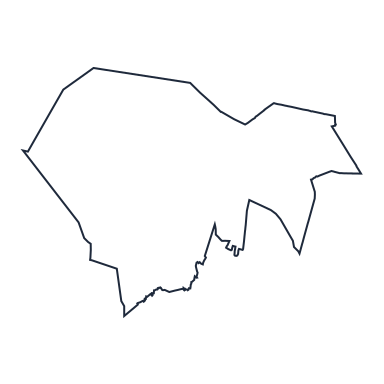 Tlalnepantla, Morelos, Mexico (Albers equal-area conic projection)
{"feature_id": "50627088B24225931260184", "entity_name": "Tlalnepantla", "entity_type": "district", "adm_level": 2, "iso_a3": "MEX", "parent_name": "Mexico", "parent_adm1": "Morelos", "projection": "albers", "projection_center": [-98.964, 19.03], "detail": "fine", "context": "isolated", "style": "outline", "palette": "slate", "viewbox_px": 384, "rotation_deg": 0, "n_neighbors": 0, "source": "geoboundaries", "source_scale": "gbopen_adm2", "svg_char_len": 3789}
<svg xmlns="http://www.w3.org/2000/svg" viewBox="0 0 384 384"><path d="M200.0,92.6L192.8,85.5L190.2,82.9L93.5,68.0L91.0,69.8L63.3,89.6L51.5,110.2L34.6,139.8L27.9,151.6L23.0,150.5L78.6,222.4L84.2,238.1L88.1,242.0L90.7,243.8L90.8,249.9L90.4,257.7L90.1,259.9L91.9,260.3L116.8,268.7L121.3,301.1L124.2,306.1L124.2,316.0L136.4,305.8L137.8,304.6L137.8,303.6L137.4,303.3L137.6,303.1L138.8,302.7L140.1,302.3L142.7,300.9L143.1,301.0L143.3,301.1L143.7,301.6L143.8,301.5L144.3,301.3L144.8,300.6L145.0,300.2L145.2,299.7L144.5,299.4L144.7,298.7L145.8,298.9L146.2,296.4L147.2,296.8L149.9,294.5L150.1,294.3L150.4,294.1L151.9,295.4L152.1,295.7L152.5,295.3L152.7,294.9L152.7,294.3L152.1,294.1L151.6,293.4L151.7,293.1L153.8,293.2L154.0,290.4L154.6,290.4L156.0,289.6L157.3,289.5L157.7,288.3L158.2,288.5L158.5,288.1L158.8,288.1L159.0,287.7L159.5,287.6L160.1,287.8L160.4,287.5L161.0,288.0L161.2,288.5L161.5,288.8L161.8,289.4L162.0,289.8L162.6,290.1L163.6,290.1L164.7,289.9L169.3,292.0L175.2,290.5L178.0,289.9L179.9,289.4L181.7,289.0L182.9,288.7L183.4,289.3L183.6,288.7L183.6,288.0L184.1,288.4L184.6,290.0L184.8,289.8L185.1,289.9L185.3,289.6L185.5,289.2L185.8,289.5L187.7,289.5L187.9,290.1L188.4,289.8L188.6,289.2L189.0,288.7L189.1,288.2L189.6,288.3L190.3,288.4L190.5,287.3L190.5,286.7L190.6,286.4L190.7,285.3L190.8,284.4L191.3,283.7L191.3,282.1L191.8,282.0L194.2,279.9L194.4,278.2L194.8,276.3L195.7,277.1L196.4,277.7L197.0,277.6L196.8,277.3L196.6,276.7L196.9,275.4L197.3,274.1L197.6,272.6L197.1,271.5L196.6,269.5L196.1,267.5L195.8,265.9L196.6,262.6L197.6,262.0L198.6,263.1L199.7,262.2L201.0,263.6L201.8,264.0L202.4,264.2L202.8,264.4L203.2,262.6L203.7,261.5L204.2,260.4L205.2,258.9L205.9,257.6L204.8,256.0L214.8,224.4L215.2,226.2L215.7,229.2L215.8,234.6L218.6,237.3L219.3,238.2L219.8,238.7L220.5,239.5L221.8,240.8L223.0,240.9L224.3,240.8L225.4,240.8L229.4,241.0L227.9,244.4L227.7,245.0L226.7,246.3L226.1,247.7L228.3,249.1L231.0,250.3L231.8,249.8L232.2,247.9L232.6,246.4L232.8,245.9L234.3,246.3L234.5,246.4L235.5,246.6L234.9,250.1L234.7,251.1L234.6,253.1L234.4,254.9L234.9,255.6L236.2,255.9L237.3,255.5L238.1,253.9L238.4,250.4L239.0,248.9L242.6,249.9L243.1,249.0L244.0,241.3L244.5,236.1L244.7,234.3L245.0,231.2L245.1,230.3L245.2,230.0L245.2,229.9L245.4,227.8L245.6,225.9L245.7,225.2L246.9,210.7L249.3,200.0L270.9,210.1L275.9,213.8L280.5,219.3L290.5,236.7L292.9,240.8L294.0,247.0L298.3,251.3L299.5,253.6L302.2,243.7L302.6,242.4L303.5,239.0L304.0,237.1L307.8,223.3L308.3,221.7L308.8,219.9L313.5,202.9L314.7,198.6L314.9,194.7L314.8,191.8L311.0,179.6L311.4,179.5L312.3,179.4L312.6,179.2L312.8,179.0L313.4,178.3L313.6,178.1L314.1,177.9L314.6,177.7L315.1,177.5L315.3,177.3L315.8,176.7L316.3,176.3L316.9,176.4L317.3,176.5L317.6,176.5L319.4,175.6L329.8,171.6L330.3,171.5L331.4,171.0L333.9,171.6L334.4,171.8L336.0,172.2L338.3,172.8L339.8,173.2L340.9,173.1L343.6,173.3L345.8,173.3L348.0,173.4L349.7,173.4L350.3,173.4L350.6,173.4L351.0,173.4L351.8,173.4L352.1,173.4L352.2,173.5L352.5,173.5L353.3,173.5L361.0,173.6L358.6,169.7L356.5,166.4L356.4,165.7L350.5,156.6L343.3,144.9L331.8,126.4L335.1,125.7L335.1,124.9L335.4,124.8L335.8,124.6L335.1,122.7L334.9,116.0L333.6,115.7L330.5,115.1L325.9,114.2L324.2,114.1L322.9,113.6L313.5,111.6L312.4,111.3L311.4,111.4L311.2,111.4L310.1,110.9L309.1,110.7L308.5,110.4L303.0,109.5L295.2,107.7L291.2,106.8L287.4,106.1L286.7,105.9L285.5,105.7L284.1,105.4L283.5,105.2L282.9,105.1L281.3,104.7L279.3,104.4L277.6,104.1L276.7,103.9L276.4,103.8L275.9,103.7L275.6,103.6L275.0,103.5L274.6,103.3L274.2,103.2L273.7,103.2L270.3,105.6L269.8,106.0L269.3,106.3L269.0,106.5L264.4,109.8L264.4,110.1L259.6,113.8L257.1,115.8L255.6,116.7L254.9,118.0L252.5,119.4L250.5,120.9L247.7,123.0L245.1,124.5L234.1,119.2L221.3,111.8L220.8,111.9L213.6,104.8L200.0,92.6Z" fill="none" stroke="#1e293b" stroke-width="2"/></svg>